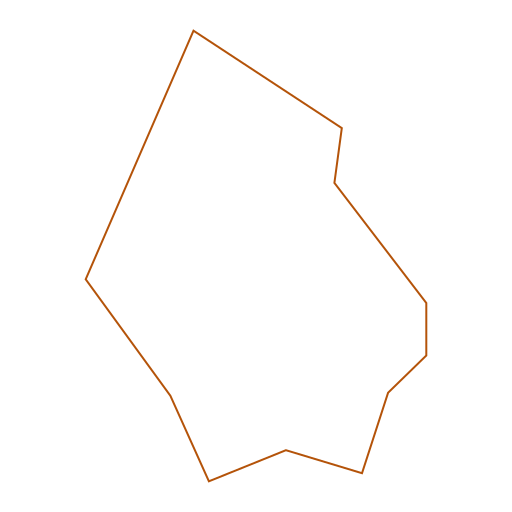 an SVG outline of Melekeok
{"feature_id": "PLW-5250", "entity_name": "Melekeok", "entity_type": "state/province", "adm_level": 1, "iso_a3": "PLW", "parent_name": "Palau", "parent_adm1": "", "projection": "albers", "projection_center": [134.62, 7.515], "detail": "fine", "context": "isolated", "style": "outline", "palette": "amber", "viewbox_px": 512, "rotation_deg": 0, "n_neighbors": 0, "source": "natural_earth", "source_scale": "10m", "svg_char_len": 269}
<svg xmlns="http://www.w3.org/2000/svg" viewBox="0 0 512 512"><path d="M341.8,128.1L334.4,182.9L426.3,303.0L426.3,355.5L388.1,392.7L362.0,473.2L285.9,450.2L208.9,481.3L170.4,395.8L85.7,279.3L193.5,30.7L341.8,128.1Z" fill="none" stroke="#b45309" stroke-width="2"/></svg>